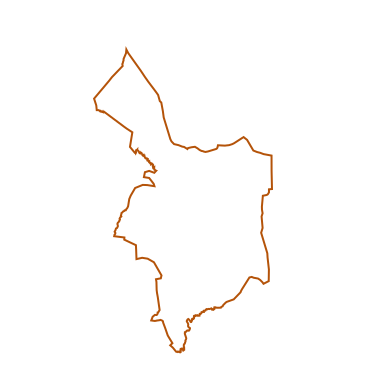 Nueva Vizcaya, Nueva Vizcaya, Philippines, rotated 167°
{"feature_id": "2640588B36229801410553", "entity_name": "Nueva Vizcaya", "entity_type": "district", "adm_level": 2, "iso_a3": "PHL", "parent_name": "Philippines", "parent_adm1": "Nueva Vizcaya", "projection": "equal_earth", "projection_center": [121.302, 16.256], "detail": "fine", "context": "isolated", "style": "outline", "palette": "amber", "viewbox_px": 384, "rotation_deg": 167, "n_neighbors": 0, "source": "geoboundaries", "source_scale": "gbopen_adm2", "svg_char_len": 5705}
<svg xmlns="http://www.w3.org/2000/svg" viewBox="0 0 384 384"><g transform="rotate(167 192 192)"><path d="M264.7,292.8L264.3,292.4L263.6,292.1L263.6,291.6L263.4,291.3L263.2,291.4L262.7,291.5L262.6,291.3L262.5,290.8L261.9,290.7L261.5,290.1L261.3,290.0L261.1,290.0L260.6,290.5L260.5,290.2L260.2,289.9L260.0,289.4L259.6,289.5L259.4,289.7L243.5,270.9L241.4,268.5L236.7,263.6L242.3,249.9L238.9,243.1L238.2,243.2L238.1,242.5L237.6,243.1L237.7,243.4L237.7,243.7L237.2,244.7L237.1,245.2L236.6,245.6L236.4,246.1L236.4,245.5L236.4,245.4L236.2,245.4L235.9,245.6L236.1,245.0L236.0,244.8L235.8,244.7L235.5,244.7L235.2,244.5L235.0,244.0L234.6,243.0L234.6,242.2L234.2,241.5L233.9,241.4L233.8,241.5L233.8,241.3L233.7,241.2L233.4,241.4L233.0,241.3L232.6,241.6L232.4,241.4L232.4,240.9L232.1,240.0L232.0,239.9L232.0,239.7L231.8,239.6L232.0,239.3L232.0,239.1L231.6,238.8L231.5,238.5L231.2,238.7L230.7,238.6L230.6,238.4L230.5,238.5L230.4,238.0L230.2,238.0L230.3,237.6L230.4,237.4L230.3,237.2L230.2,237.0L230.2,236.6L230.1,236.2L229.6,235.9L229.7,235.3L229.2,234.9L228.9,234.7L228.3,234.8L228.2,234.6L227.7,234.1L227.8,233.8L228.1,233.9L228.4,232.9L228.2,232.7L228.0,232.8L228.1,232.5L227.6,232.3L227.3,231.8L227.2,231.2L226.8,231.4L226.9,230.8L226.7,230.6L226.7,230.4L226.5,230.1L226.1,229.9L226.1,229.6L226.3,229.4L226.1,229.0L226.0,228.8L225.8,229.0L225.6,229.1L225.3,228.7L225.3,229.1L224.9,229.0L224.8,228.6L225.0,228.3L224.6,228.4L224.3,228.2L224.2,228.1L224.0,227.6L223.8,227.3L223.8,226.5L224.0,226.1L223.9,225.9L224.2,225.8L224.1,225.6L224.1,225.2L224.1,224.9L224.4,224.8L224.4,224.5L224.2,224.6L224.2,224.3L224.0,223.8L223.8,223.7L223.5,223.9L223.6,223.6L223.5,223.2L223.7,222.7L223.6,222.1L222.6,221.4L222.4,220.8L222.2,220.7L224.4,219.2L229.0,222.2L233.4,221.9L235.5,217.3L230.6,215.3L227.5,208.6L227.3,206.1L234.0,208.8L238.4,210.0L246.5,208.7L252.5,202.3L254.7,199.3L257.5,192.4L258.9,190.7L260.1,189.9L260.6,189.1L261.2,189.1L261.5,189.3L261.8,189.3L262.4,188.7L263.3,188.6L264.8,187.6L265.4,187.4L266.0,186.0L266.6,185.0L266.3,184.1L266.5,183.9L267.1,183.7L267.7,183.4L268.6,182.2L268.4,181.4L269.0,180.7L269.1,180.3L269.6,180.0L269.8,179.7L270.1,179.3L271.2,178.7L271.8,177.8L271.9,177.5L271.8,176.2L272.0,175.2L273.0,174.0L273.2,173.8L274.2,173.6L274.4,173.4L275.2,171.9L276.3,170.8L276.3,170.5L275.9,169.6L275.9,169.2L276.3,168.4L277.2,167.7L277.4,167.4L277.4,166.9L277.7,166.4L268.1,162.9L268.7,160.8L263.4,156.6L258.6,152.8L259.5,147.8L261.2,139.1L255.4,139.1L250.2,137.0L244.9,132.1L240.5,117.6L241.8,114.9L246.7,115.1L246.9,112.3L248.5,104.4L248.8,101.5L249.0,97.2L250.1,84.3L252.0,82.3L252.6,82.3L252.8,81.4L253.3,80.7L254.1,80.1L255.8,80.6L258.4,79.3L260.6,76.0L257.5,74.8L256.2,74.6L254.8,74.7L254.3,74.5L253.2,74.5L252.7,74.4L251.6,74.5L250.3,73.7L249.4,72.6L249.5,71.2L248.7,65.2L247.9,57.6L245.1,49.1L247.7,47.5L245.7,44.7L243.4,40.0L243.1,39.9L242.4,39.4L241.8,39.7L241.6,39.5L241.2,39.3L240.8,39.4L240.5,39.0L240.2,39.0L240.1,38.7L239.6,38.4L239.2,38.5L239.2,38.9L238.9,39.1L238.8,39.7L238.9,40.2L238.6,40.4L238.8,40.6L238.7,40.9L238.5,41.3L238.4,41.6L238.0,41.7L237.6,41.6L237.4,41.8L237.2,41.8L236.9,41.7L236.3,41.3L236.5,40.8L236.2,39.5L235.1,40.0L234.6,42.6L234.7,42.8L234.9,42.7L234.9,42.8L234.7,43.2L234.5,44.4L234.3,45.0L234.0,45.4L233.8,45.6L233.4,45.7L232.9,46.3L232.6,47.0L232.0,47.7L231.8,48.9L231.1,49.6L230.6,50.4L230.5,51.2L230.9,55.5L230.5,56.8L230.1,56.6L229.7,57.0L228.6,57.6L228.4,58.0L227.2,58.1L226.8,57.8L226.4,57.6L225.9,57.7L225.0,58.9L224.7,59.4L224.7,60.1L225.5,60.8L225.9,61.5L226.0,62.2L225.4,64.0L225.7,65.7L226.1,66.7L226.2,67.1L226.0,67.7L225.1,68.7L224.2,69.1L223.9,68.8L223.0,67.3L222.6,65.8L222.3,65.5L222.0,65.5L221.7,65.8L220.8,67.0L220.8,67.5L220.4,68.4L220.1,68.5L219.4,67.9L219.2,67.9L219.0,68.2L218.4,68.6L218.3,69.2L218.1,69.9L218.1,70.6L218.0,70.8L217.7,70.9L217.5,70.7L217.4,70.7L216.8,70.9L216.8,70.6L216.6,70.4L215.9,70.9L215.3,70.5L215.0,70.5L214.6,70.8L214.2,70.5L214.2,70.3L214.0,70.0L213.5,70.1L212.8,69.9L212.8,70.1L212.5,70.4L212.3,70.4L212.0,71.4L211.8,71.6L211.6,71.6L211.1,71.3L210.2,71.8L209.7,72.8L208.8,72.6L208.3,72.7L207.6,72.5L207.6,73.4L207.5,73.6L207.3,73.7L206.8,73.6L206.3,73.4L205.6,73.4L205.3,73.7L205.1,74.2L205.0,74.3L204.4,74.3L204.1,74.6L203.9,74.5L203.6,74.3L203.4,74.2L202.8,74.4L202.3,74.4L201.3,74.0L199.3,74.2L199.0,73.3L198.9,73.4L198.8,73.2L198.6,73.2L198.6,72.8L198.3,72.8L198.1,72.9L197.9,72.5L197.7,72.4L197.0,72.8L196.9,72.8L196.7,72.9L196.5,73.6L196.3,73.3L196.2,73.3L196.1,73.5L196.3,73.7L196.0,74.5L195.6,74.6L193.8,73.6L189.9,72.8L189.2,73.5L187.9,73.7L187.0,74.8L184.3,76.5L183.1,77.1L175.5,78.0L167.2,83.4L166.9,84.0L165.4,85.8L155.3,95.8L152.9,95.8L151.2,94.6L147.1,92.8L145.4,91.0L143.6,88.1L143.0,86.5L137.3,87.9L134.5,99.2L133.1,111.2L132.4,115.4L133.8,136.7L131.3,141.1L129.7,152.5L128.0,155.4L127.8,159.0L127.2,162.0L126.4,164.4L123.8,172.4L119.9,172.3L118.7,172.7L117.1,174.3L116.4,177.3L113.4,176.9L109.7,194.7L106.3,209.6L113.7,212.8L116.7,214.8L119.6,216.3L122.9,218.6L126.6,230.4L129.4,233.9L139.9,230.1L141.9,229.6L145.3,229.3L149.6,229.8L156.2,231.7L156.9,230.2L157.4,229.3L158.0,228.8L158.7,228.5L167.4,227.9L169.9,228.0L171.7,228.9L172.3,229.4L173.4,229.8L175.1,231.2L176.8,233.3L179.0,235.4L182.4,235.7L185.0,235.7L186.2,235.6L186.8,234.9L189.6,237.7L191.3,238.4L194.6,240.7L198.7,242.7L200.6,245.9L201.2,248.3L202.8,271.0L202.2,277.3L201.8,286.1L202.9,287.8L203.2,294.2L204.6,297.6L209.8,309.3L212.0,314.7L214.6,321.6L222.9,341.7L223.9,345.6L225.1,342.0L228.7,337.1L229.2,335.3L229.6,334.9L230.6,332.9L231.1,332.4L231.2,331.9L231.1,331.4L231.2,330.9L231.2,330.4L244.2,321.9L247.9,318.9L266.4,305.0L265.8,297.9L266.4,293.2L264.7,292.8Z" fill="none" stroke="#b45309" stroke-width="2"/></g></svg>